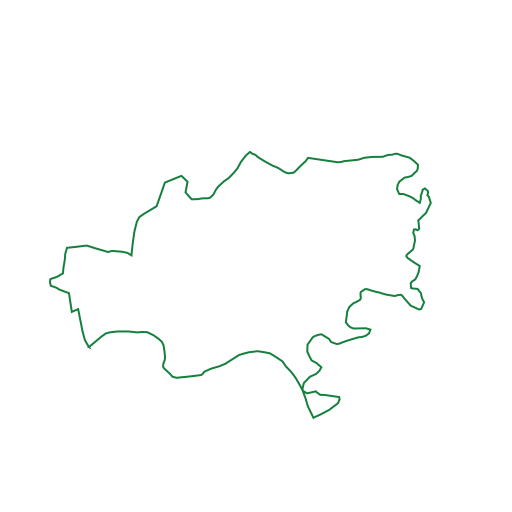 Basyun, Al Gharbiyah, Egypt (Robinson projection), rotated 298°
{"feature_id": "37247803B14729269607977", "entity_name": "Basyun", "entity_type": "district", "adm_level": 2, "iso_a3": "EGY", "parent_name": "Egypt", "parent_adm1": "Al Gharbiyah", "projection": "robinson", "projection_center": [30.832, 30.96], "detail": "fine", "context": "isolated", "style": "outline", "palette": "green", "viewbox_px": 512, "rotation_deg": 298, "n_neighbors": 0, "source": "geoboundaries", "source_scale": "gbopen_adm2", "svg_char_len": 3896}
<svg xmlns="http://www.w3.org/2000/svg" viewBox="0 0 512 512"><g transform="rotate(298 256 256)"><path d="M291.6,152.4L278.1,141.1L253.3,144.9L240.7,137.3L235.8,134.8L234.3,134.7L230.4,134.7L220.7,137.1L209.1,141.3L205.3,142.8L198.1,145.7L198.4,141.1L197.3,137.1L196.8,135.6L196.6,135.0L192.9,126.4L190.1,123.6L187.5,111.0L187.3,110.2L185.8,101.8L182.8,97.4L180.2,93.7L174.5,85.3L168.5,86.5L163.3,88.8L155.5,91.4L150.0,93.7L144.1,90.0L139.1,85.3L136.3,86.3L133.4,88.8L134.3,94.8L134.0,98.1L134.3,100.3L134.6,102.8L134.9,104.7L135.4,108.3L120.2,119.6L125.6,123.9L108.9,137.5L105.6,140.5L101.5,144.3L101.4,144.4L97.1,151.3L97.1,151.2L106.9,155.2L112.3,157.4L117.0,159.7L119.8,162.6L124.2,168.9L129.6,179.0L132.9,187.3L135.1,190.5L135.6,191.4L137.7,195.8L137.9,202.9L137.6,205.3L137.1,209.1L136.0,213.3L133.6,216.4L129.1,219.8L123.7,223.3L121.1,224.3L117.9,224.7L117.4,224.8L116.1,225.2L114.3,226.3L113.7,227.4L112.5,231.7L111.6,235.4L110.2,239.0L111.2,243.1L119.8,255.9L125.2,263.5L127.2,264.4L129.4,264.6L131.3,266.0L134.6,268.6L135.7,269.5L141.3,275.3L146.3,279.4L155.6,284.7L160.6,287.5L164.5,291.4L167.8,295.1L172.7,302.1L174.6,307.5L174.9,308.4L175.6,310.6L175.6,310.8L176.6,314.0L176.1,321.7L175.4,328.7L172.5,334.4L170.1,341.7L168.3,345.6L166.4,349.2L163.6,353.7L160.1,359.0L159.7,359.7L162.7,358.8L166.4,357.9L174.7,360.3L180.2,364.5L184.4,365.9L188.5,365.9L189.9,359.4L189.9,354.2L190.8,352.8L192.7,350.0L195.5,346.3L201.9,343.1L211.0,344.3L213.4,345.9L216.2,348.7L217.6,350.6L217.1,359.4L215.3,362.7L215.7,365.5L216.2,368.7L216.6,369.2L217.6,370.6L219.9,372.5L222.9,375.2L225.4,377.6L232.3,384.6L234.1,387.4L236.9,390.2L240.6,392.1L244.7,391.6L243.8,387.0L237.8,376.2L237.4,373.0L237.9,370.2L239.7,366.4L240.6,366.1L247.1,363.7L248.5,363.2L249.4,362.7L254.9,362.3L260.0,364.2L262.3,366.0L266.0,368.4L267.8,368.4L272.4,365.6L273.8,365.6L278.0,367.9L278.9,369.8L279.8,374.9L280.7,378.7L281.6,381.9L282.1,384.7L283.0,388.9L285.8,397.3L288.5,400.1L289.9,402.4L289.4,404.3L288.1,407.1L286.7,410.8L284.8,415.9L285.3,424.8L286.2,426.2L286.7,426.7L292.1,426.3L294.0,426.2L296.3,422.9L298.6,420.6L300.5,419.2L302.8,414.1L301.0,409.9L300.5,408.1L302.6,406.6L304.7,405.3L306.5,405.7L310.2,407.6L313.9,407.6L318.0,407.2L321.5,406.1L324.0,405.3L324.5,398.8L324.7,396.7L325.4,390.9L326.3,389.0L327.3,388.5L329.1,389.0L335.1,391.4L336.5,391.4L344.3,389.1L348.0,386.7L350.3,384.0L353.5,383.0L354.5,384.4L354.5,386.3L355.8,387.2L356.8,387.2L363.7,382.6L366.4,383.5L369.7,384.5L373.8,385.9L384.9,385.4L386.0,384.3L389.5,380.8L390.0,378.9L393.2,378.0L393.7,377.5L394.1,377.1L395.0,373.4L392.7,372.0L391.8,372.4L386.3,373.3L384.0,374.7L379.8,375.6L380.3,370.1L380.8,367.7L380.8,365.5L380.8,364.0L380.3,359.8L379.9,357.0L378.0,353.3L381.3,349.1L384.0,348.2L384.9,347.7L389.1,347.7L395.1,350.5L396.9,352.9L399.7,355.7L406.6,358.0L408.4,358.0L412.6,356.2L413.7,352.1L414.0,351.1L414.4,348.7L414.9,345.5L413.1,337.1L412.6,332.9L411.7,331.0L409.4,328.7L407.1,325.0L403.7,321.9L403.0,321.2L399.7,315.1L397.9,311.9L393.8,305.8L388.7,300.7L387.8,299.3L381.0,289.1L379.3,287.4L377.2,284.3L368.4,259.6L367.1,255.9L363.4,255.4L359.3,254.0L355.1,252.6L351.4,251.6L347.3,250.2L344.1,245.6L343.6,243.2L343.6,240.4L344.1,235.3L344.1,233.5L343.9,231.4L343.6,228.3L343.6,224.6L343.6,220.9L344.1,212.0L345.0,207.8L344.6,204.6L345.0,201.8L341.9,200.6L340.0,199.9L334.9,199.0L331.7,198.5L327.5,198.5L324.8,198.5L319.7,197.5L316.5,196.6L311.8,195.2L307.2,192.8L299.4,190.0L295.7,189.5L290.2,189.5L286.0,188.1L284.6,186.7L281.4,181.1L279.1,178.3L277.3,175.1L275.9,172.7L276.4,170.9L279.1,163.9L289.4,160.7L291.6,153.2L291.6,152.4ZM140.1,382.7L140.6,383.0L142.0,384.0L145.6,386.8L148.9,389.1L154.4,392.8L164.5,397.5L168.7,397.1L170.5,395.7L165.5,381.7L163.6,378.0L164.1,373.8L164.6,372.4L163.9,371.6L158.6,365.4L159.0,361.2L159.7,359.7L153.5,366.6L147.7,372.3L140.1,382.7Z" fill="none" stroke="#15803d" stroke-width="2"/></g></svg>